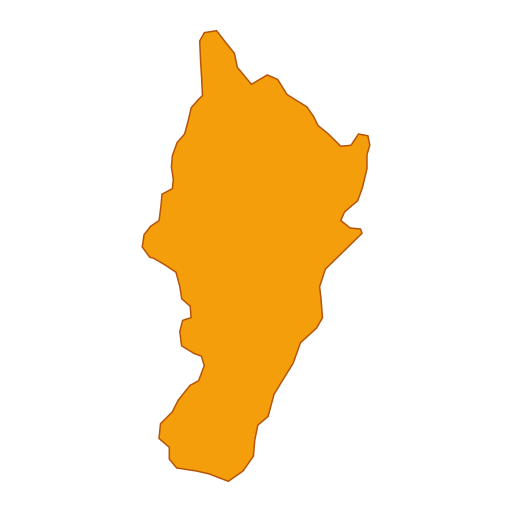 the district of Hamyang-gun, South Gyeongsang, South Korea
{"feature_id": "91817680B59476098361869", "entity_name": "Hamyang-gun", "entity_type": "district", "adm_level": 2, "iso_a3": "KOR", "parent_name": "South Korea", "parent_adm1": "South Gyeongsang", "projection": "orthographic", "projection_center": [127.715, 35.54], "detail": "fine", "context": "isolated", "style": "filled", "palette": "amber", "viewbox_px": 512, "rotation_deg": 0, "n_neighbors": 0, "source": "geoboundaries", "source_scale": "gbopen_adm2", "svg_char_len": 1222}
<svg xmlns="http://www.w3.org/2000/svg" viewBox="0 0 512 512"><path d="M216.6,30.7L204.4,32.6L199.7,41.0L200.6,61.7L201.6,77.7L202.5,95.5L197.8,100.2L191.2,107.7L188.4,119.9L184.6,134.0L177.1,142.5L172.4,155.7L171.4,166.9L173.3,179.2L172.4,188.6L162.0,194.2L161.0,205.5L159.1,220.5L150.7,226.2L144.1,234.6L142.6,244.4L142.2,246.9L149.7,257.2L153.5,258.2L164.8,264.8L176.0,272.3L179.8,286.5L181.7,298.7L190.2,306.3L191.1,317.6L182.6,320.4L179.8,331.7L181.6,345.8L193.9,353.4L201.4,356.2L204.3,365.6L198.6,380.7L190.0,385.4L178.2,400.2L172.3,411.9L160.5,423.7L159.0,438.5L169.3,447.3L169.3,459.1L173.2,463.8L176.7,468.0L195.8,470.9L209.1,473.9L219.9,478.1L228.3,481.3L243.0,471.0L253.4,456.2L254.8,440.0L257.8,425.2L268.1,416.4L274.0,394.3L285.8,375.1L293.1,363.3L300.5,342.7L316.6,328.0L322.5,317.7L321.0,298.5L319.6,286.7L325.4,269.1L362.0,233.3L360.5,229.0L350.2,228.0L340.8,220.5L344.5,212.0L352.0,205.5L357.7,200.7L362.4,187.6L367.0,168.7L367.0,163.1L367.0,154.6L369.8,145.2L367.9,135.8L358.5,134.0L351.0,145.3L340.7,146.2L328.4,134.0L318.1,125.6L313.4,116.2L306.8,106.8L287.1,94.6L277.7,79.5L267.3,74.9L251.4,84.3L237.3,67.3L234.4,53.3L226.0,42.9L216.6,30.7Z" fill="#f59e0b" stroke="#b45309" stroke-width="1.5"/></svg>